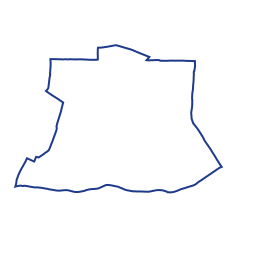 Wang Thonglang, Bangkok Metropolis, Thailand, rotated 281°
{"feature_id": "78962969B59221573730573", "entity_name": "Wang Thonglang", "entity_type": "district", "adm_level": 2, "iso_a3": "THA", "parent_name": "Thailand", "parent_adm1": "Bangkok Metropolis", "projection": "albers", "projection_center": [100.609, 13.777], "detail": "fine", "context": "isolated", "style": "outline", "palette": "blue", "viewbox_px": 256, "rotation_deg": 281, "n_neighbors": 0, "source": "geoboundaries", "source_scale": "gbopen_adm2", "svg_char_len": 5097}
<svg xmlns="http://www.w3.org/2000/svg" viewBox="0 0 256 256"><g transform="rotate(281 128 128)"><path d="M148.7,40.4L147.1,43.8L146.2,45.9L144.6,49.9L143.3,53.3L140.6,59.5L137.9,59.3L137.1,59.3L135.6,59.2L134.0,59.1L132.6,59.1L131.7,59.0L131.2,59.0L130.2,58.9L129.4,58.8L127.5,58.6L126.5,58.5L125.2,58.3L123.7,58.2L122.5,58.0L120.4,57.8L119.5,57.7L119.2,57.6L118.9,57.6L117.9,57.6L116.3,57.5L115.9,57.5L115.7,57.6L115.1,57.8L114.6,58.0L114.3,58.1L114.0,58.1L113.7,58.2L113.3,58.2L112.9,58.2L112.4,58.1L111.1,58.0L109.8,57.8L107.7,57.5L105.4,57.1L104.0,56.9L101.6,56.5L99.6,56.2L97.3,55.7L95.4,55.4L93.3,55.0L92.1,54.7L91.5,54.6L91.1,54.4L90.9,54.4L90.7,54.2L90.4,54.0L90.0,53.6L89.3,53.0L88.0,51.7L85.8,49.7L84.4,48.3L82.0,45.9L82.2,43.4L81.2,43.1L78.6,42.6L77.2,42.3L77.4,41.2L77.7,40.0L78.1,38.4L78.5,36.7L78.8,35.4L79.0,34.6L78.7,34.5L78.3,34.4L75.6,33.8L75.3,33.7L74.0,33.3L73.4,33.1L72.8,32.9L72.5,32.8L72.3,32.7L71.7,32.5L71.2,32.4L70.7,32.2L69.6,31.8L69.0,31.6L66.9,30.9L65.8,30.6L65.6,30.5L64.0,30.1L61.9,29.6L60.0,29.2L59.8,29.2L59.2,29.1L58.9,29.1L58.7,29.0L58.3,29.0L57.3,28.8L56.6,28.7L56.4,28.6L55.6,28.6L55.1,28.7L53.6,28.7L53.0,28.8L52.0,28.8L50.6,28.7L49.0,28.6L49.3,29.1L50.1,31.1L50.6,32.5L50.9,33.4L51.0,33.8L51.0,34.0L50.9,34.9L50.9,35.3L51.0,35.8L51.1,36.2L51.1,36.3L51.2,36.5L51.4,36.8L51.5,37.0L51.6,38.2L51.6,38.5L51.7,40.0L51.7,41.8L51.8,46.3L51.9,48.1L52.0,48.6L52.2,49.3L52.4,50.5L52.8,54.5L52.8,57.8L52.9,60.2L52.8,61.1L52.8,62.6L52.8,62.8L52.9,65.8L53.0,70.0L53.1,70.6L53.4,72.8L53.6,73.4L54.3,75.6L55.1,78.5L55.4,80.5L55.4,82.0L55.2,84.8L55.1,87.4L55.1,88.2L55.2,89.1L55.5,90.2L55.7,91.5L56.0,92.2L57.1,95.1L58.2,97.6L58.3,97.8L58.4,98.0L58.6,98.2L59.0,98.7L59.2,98.9L59.3,99.3L60.2,101.4L60.5,102.1L60.8,103.1L61.6,106.0L62.4,108.8L62.6,109.3L63.0,110.3L63.8,111.6L66.1,114.8L67.9,117.4L67.9,117.6L68.0,118.1L68.2,118.7L68.4,120.3L68.4,120.9L68.5,122.1L68.5,125.1L68.4,125.6L68.4,126.0L68.5,127.6L68.4,129.7L67.9,131.9L67.6,134.0L67.0,136.0L66.9,136.6L66.7,139.2L66.7,139.8L66.8,140.6L66.7,142.2L66.8,144.9L67.3,147.8L67.4,149.0L67.6,149.8L68.1,152.6L68.2,153.1L68.7,156.5L69.3,159.9L69.3,160.1L69.7,161.3L70.7,163.7L72.1,167.1L72.5,168.1L72.9,169.9L73.1,171.1L73.3,172.9L73.4,173.3L73.4,173.7L73.3,175.0L73.2,176.3L73.0,177.5L73.0,178.2L72.7,178.7L72.6,178.8L72.5,179.2L72.5,179.3L72.5,179.5L72.7,180.0L72.7,180.4L72.8,181.5L73.4,183.6L73.6,184.1L74.0,185.2L75.7,188.2L77.8,191.3L78.0,191.6L78.8,193.1L79.7,195.0L80.1,195.6L81.4,198.0L84.3,203.4L84.6,203.8L85.0,204.3L85.6,205.0L86.4,205.9L86.7,206.1L88.0,207.0L88.4,207.4L90.1,209.2L90.6,209.8L93.0,212.1L96.0,215.1L97.5,216.6L103.8,222.8L106.5,225.5L107.7,227.4L110.9,224.2L113.3,221.9L114.5,220.8L116.7,218.9L118.7,217.0L119.5,216.2L121.8,214.1L122.9,213.1L124.3,211.7L126.5,209.4L127.0,208.9L128.3,207.6L129.6,206.3L129.8,206.0L131.4,204.6L131.5,204.6L132.8,203.8L133.0,203.5L133.6,203.0L134.7,202.0L135.3,201.4L136.5,200.3L137.5,199.3L138.3,198.6L140.4,196.5L141.3,195.5L141.5,195.3L142.3,194.3L142.4,194.2L142.5,194.1L143.7,192.7L143.8,192.6L144.0,192.4L144.9,191.3L144.9,191.2L145.2,191.1L145.7,190.9L146.5,190.2L148.0,189.4L149.3,188.7L149.7,188.5L149.8,188.5L150.0,188.5L155.1,187.1L157.6,187.0L158.4,187.0L160.1,186.9L161.6,186.8L162.9,186.6L164.4,186.4L164.6,186.3L167.6,185.8L167.9,185.7L168.0,185.7L168.6,185.4L170.8,185.0L172.7,184.7L174.8,184.5L177.1,184.4L177.3,184.4L177.5,184.4L178.3,184.4L179.7,184.2L180.4,184.1L181.4,183.9L183.3,183.7L184.2,183.6L185.0,183.6L186.3,183.4L187.4,183.3L187.6,183.3L188.5,183.1L191.6,182.6L193.6,182.4L193.8,182.3L193.9,182.2L194.0,182.1L195.9,181.9L196.0,181.9L196.0,182.1L196.3,182.2L198.5,182.2L201.4,182.0L201.8,182.0L204.5,181.3L205.9,181.1L206.4,181.0L205.8,176.8L205.4,174.7L205.0,172.2L204.9,171.6L204.8,170.5L204.6,169.2L204.4,168.0L203.9,165.6L203.3,162.6L202.8,160.1L202.6,158.6L202.2,156.7L202.0,155.7L201.8,155.0L201.5,153.8L201.1,152.1L201.0,151.3L200.6,149.1L200.3,147.6L200.2,147.1L200.2,146.9L200.3,146.8L200.6,145.4L200.1,142.7L199.4,140.0L198.9,137.6L198.3,135.2L198.1,133.3L199.5,134.1L201.8,135.4L202.3,132.8L202.9,129.6L203.6,125.9L203.9,124.3L204.5,121.5L205.0,119.2L205.3,117.8L205.7,115.5L205.7,115.3L205.8,114.3L206.1,110.6L206.4,107.3L206.6,105.3L206.8,103.3L206.9,101.8L207.0,100.9L207.0,100.7L206.9,100.3L206.9,100.1L206.6,99.3L206.0,97.8L205.4,96.3L204.7,94.4L204.0,92.7L203.2,90.4L202.8,89.3L202.4,88.1L202.1,87.3L201.9,86.6L201.6,85.6L201.1,83.2L199.8,83.3L197.5,83.7L196.1,83.9L191.7,84.9L189.4,85.3L188.8,83.4L188.1,79.9L187.7,77.6L187.5,76.3L187.2,74.0L186.9,72.0L186.5,69.1L186.2,67.7L185.9,66.0L185.3,63.4L185.0,61.6L184.6,59.0L184.5,58.1L184.4,57.8L183.8,55.7L183.7,55.0L183.6,53.8L183.6,53.5L183.2,52.1L182.8,50.7L182.8,50.1L182.8,49.7L182.5,48.2L182.3,47.1L181.9,44.7L181.7,43.4L181.2,40.8L180.8,38.8L180.8,38.7L180.6,38.7L177.7,39.5L175.1,40.0L173.3,40.3L171.6,40.5L170.8,40.5L169.2,40.8L167.1,41.0L166.3,41.1L165.6,41.4L165.4,41.4L165.3,41.5L165.1,41.5L162.3,41.4L158.7,41.7L155.8,41.9L153.2,42.1L152.0,42.1L151.9,42.1L150.6,41.6L150.1,41.3L149.2,40.7L148.7,40.4Z" fill="none" stroke="#1e3a8a" stroke-width="2"/></g></svg>